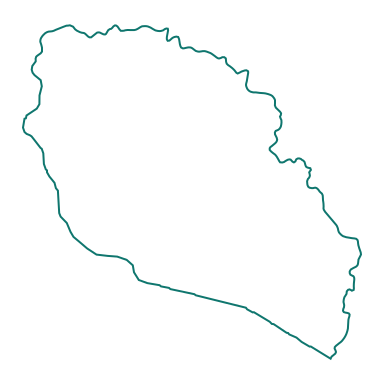 the district of San Antonio La Paz, El Progreso, Guatemala
{"feature_id": "79465075B78137762102304", "entity_name": "San Antonio La Paz", "entity_type": "district", "adm_level": 2, "iso_a3": "GTM", "parent_name": "Guatemala", "parent_adm1": "El Progreso", "projection": "albers", "projection_center": [-90.259, 14.742], "detail": "fine", "context": "isolated", "style": "outline", "palette": "teal", "viewbox_px": 384, "rotation_deg": 0, "n_neighbors": 0, "source": "geoboundaries", "source_scale": "gbopen_adm2", "svg_char_len": 4911}
<svg xmlns="http://www.w3.org/2000/svg" viewBox="0 0 384 384"><path d="M330.6,358.7L331.6,356.6L333.0,355.5L334.3,354.4L335.3,353.6L336.0,352.0L335.5,350.4L334.6,348.6L334.8,347.1L336.1,345.7L337.4,344.7L339.1,343.3L340.7,342.1L341.9,341.0L343.1,339.5L344.2,338.0L345.0,336.7L345.6,335.6L346.4,333.9L346.9,332.4L347.4,330.8L347.9,328.6L348.4,319.9L348.7,318.5L349.0,317.4L349.4,316.3L349.6,314.5L348.8,313.4L347.2,312.9L345.4,312.6L343.8,312.1L343.0,310.8L343.3,308.9L344.0,307.2L344.2,305.2L343.9,303.7L343.5,302.0L343.7,300.0L343.9,298.9L344.4,297.2L345.4,295.7L346.5,293.9L346.8,291.3L348.1,289.8L349.6,289.4L351.0,290.1L351.9,290.7L353.7,289.9L353.9,288.2L353.8,287.0L353.8,285.5L353.9,283.2L354.2,280.4L354.3,279.0L354.1,277.4L353.4,276.2L351.7,275.4L350.4,274.7L349.7,273.1L349.7,271.4L350.8,269.5L352.2,268.7L353.2,268.1L354.4,267.5L356.0,266.7L357.3,265.5L357.8,264.5L358.1,263.0L358.5,259.5L360.3,256.0L361.0,254.5L360.7,252.4L360.1,250.7L359.2,248.1L358.8,246.7L358.4,245.4L358.1,243.5L357.9,241.3L357.5,240.0L356.2,238.8L354.3,238.4L353.0,238.3L351.5,238.1L349.2,237.7L346.2,237.2L344.4,236.6L343.1,236.2L341.5,235.1L339.7,233.3L338.9,232.2L338.3,230.6L337.9,228.5L337.5,227.4L336.8,225.8L336.1,224.8L325.1,211.8L323.8,209.7L323.5,208.5L323.6,206.5L323.5,203.9L323.3,202.1L323.0,200.2L322.9,198.2L322.8,196.5L322.7,195.3L321.9,193.6L320.4,192.3L319.6,191.5L318.5,189.9L317.7,189.0L316.6,188.1L315.5,187.7L314.4,187.8L313.2,188.1L311.5,188.1L309.5,187.7L308.2,186.7L307.5,185.1L307.3,184.0L307.2,182.6L307.1,181.2L307.9,179.0L309.2,177.6L309.9,175.8L309.7,174.2L309.2,172.3L310.9,169.9L310.3,168.2L308.7,167.9L307.3,167.5L306.0,166.6L305.3,164.8L305.0,163.5L304.5,161.9L303.3,160.6L302.1,160.0L300.8,158.9L299.1,158.4L297.7,158.5L296.3,159.3L295.8,160.3L295.4,161.4L293.9,162.4L292.5,161.7L291.8,160.9L290.6,159.6L289.4,159.4L287.9,159.7L286.7,160.3L285.2,161.2L284.1,162.0L282.3,162.5L280.1,162.3L279.1,160.9L278.4,159.5L276.9,156.9L275.9,155.5L275.1,154.6L272.8,152.9L270.9,151.3L269.7,149.9L269.7,148.2L270.4,147.1L272.0,145.9L275.0,143.4L276.1,142.3L276.7,141.3L277.2,139.8L276.7,137.7L275.8,135.9L275.0,134.3L274.9,132.4L275.7,130.9L277.2,130.3L278.3,129.8L279.4,128.9L280.4,127.5L280.9,126.3L281.3,124.4L281.5,122.5L281.4,120.1L280.6,118.4L280.0,116.6L280.8,115.1L281.1,113.3L280.1,111.8L275.8,107.6L274.9,105.4L275.0,103.2L275.0,100.1L274.3,98.5L273.1,96.9L272.3,96.0L270.7,95.0L268.2,94.1L265.4,93.4L263.8,93.2L259.7,92.9L255.9,92.4L253.5,92.4L252.4,92.2L250.6,91.7L249.3,91.0L248.1,89.9L247.2,88.7L246.3,86.5L246.0,85.0L246.2,83.5L246.8,81.2L248.2,72.8L248.1,71.3L246.5,70.3L245.0,70.4L243.4,70.9L241.4,71.6L240.2,72.3L237.7,73.5L236.4,72.8L235.7,71.9L234.4,70.2L233.2,69.0L232.1,68.0L229.8,66.2L228.1,65.1L226.7,63.7L226.1,61.8L226.0,60.4L225.8,58.4L224.3,57.2L222.3,57.2L220.8,58.0L219.0,58.5L217.8,58.2L216.4,57.3L215.0,56.2L213.1,54.8L211.4,53.6L210.3,53.0L206.6,51.6L204.7,51.1L203.0,51.1L201.3,51.4L199.1,51.7L197.6,51.5L195.7,50.9L192.2,48.2L190.8,47.5L189.4,47.4L188.2,47.4L186.2,47.8L184.1,48.3L182.9,48.4L181.1,47.5L180.4,46.0L179.9,44.2L179.1,39.2L178.2,37.0L176.3,36.6L174.4,37.0L173.2,37.5L172.1,38.2L170.9,39.3L169.4,40.6L167.7,40.8L166.9,39.5L166.8,38.3L166.9,36.8L168.1,30.4L167.8,28.7L166.3,28.5L164.8,29.1L163.0,30.4L160.8,31.0L159.4,31.1L157.6,30.9L155.4,30.4L152.7,28.9L150.6,27.6L148.0,26.5L146.6,26.2L145.1,26.1L143.5,26.2L142.1,26.3L141.0,26.8L139.8,27.5L138.9,28.1L137.6,28.9L135.9,29.7L134.0,30.1L127.3,30.0L125.2,30.3L123.9,30.7L122.5,30.8L120.8,30.8L119.4,29.3L118.5,27.9L117.5,26.5L116.1,25.5L114.9,25.4L113.4,26.4L112.3,27.8L111.2,28.8L109.8,29.1L108.2,30.2L106.0,33.9L105.0,34.5L103.4,34.3L101.7,33.5L99.7,32.5L98.3,32.4L97.1,32.6L96.2,33.3L91.2,37.3L89.4,37.3L88.2,36.6L86.7,35.2L85.9,34.4L85.0,33.6L83.9,33.0L81.7,32.7L79.8,32.1L78.6,31.5L76.8,30.6L75.1,29.3L73.1,26.7L71.5,26.0L69.9,25.3L68.1,25.6L66.4,25.7L63.4,26.8L55.6,29.9L54.2,30.6L52.4,31.2L51.0,31.4L49.8,31.5L48.6,31.6L47.1,32.1L45.3,33.1L43.6,34.7L42.5,35.9L41.2,37.8L40.7,38.9L40.4,40.1L40.3,41.8L41.2,44.5L41.6,46.0L42.0,47.7L42.0,50.2L42.0,51.6L40.7,53.3L37.3,55.7L36.2,56.7L35.6,58.7L35.7,60.0L35.7,61.4L32.3,66.0L31.7,69.7L32.6,72.7L34.5,75.1L40.7,80.2L41.8,86.3L39.5,95.4L39.4,104.2L36.8,108.6L26.5,115.5L25.9,118.3L24.5,118.7L23.0,127.6L24.5,132.0L26.6,133.9L29.8,135.2L31.5,136.3L33.8,139.2L40.6,148.0L41.7,148.7L43.3,153.3L43.9,164.0L45.8,169.4L47.0,170.4L47.0,172.3L49.4,176.5L54.5,182.8L55.9,188.2L57.9,190.6L59.2,213.1L60.6,216.6L66.8,223.0L70.5,231.8L73.5,236.9L79.0,241.5L87.2,248.5L96.5,254.6L107.7,255.9L117.2,256.6L126.7,259.9L132.8,265.3L134.0,272.3L138.8,280.0L147.3,283.1L159.6,285.2L161.0,286.4L169.0,287.9L170.4,289.1L194.4,294.2L195.8,295.3L245.9,307.7L247.1,309.3L252.7,312.4L253.9,312.2L269.8,321.8L271.8,323.9L273.6,324.1L286.6,332.8L288.1,333.0L289.2,334.4L296.5,337.6L301.6,341.9L309.6,346.6L310.8,346.5L330.6,358.7Z" fill="none" stroke="#0f766e" stroke-width="2"/></svg>